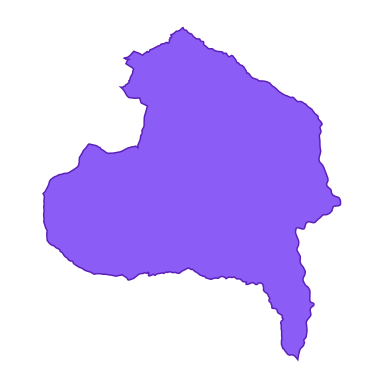 the district of Arboleda, Nariño, Colombia, rotated 272°
{"feature_id": "7082276B56257511215317", "entity_name": "Arboleda", "entity_type": "district", "adm_level": 2, "iso_a3": "COL", "parent_name": "Colombia", "parent_adm1": "Nariño", "projection": "mercator", "projection_center": [-77.132, 1.483], "detail": "fine", "context": "isolated", "style": "filled", "palette": "violet", "viewbox_px": 384, "rotation_deg": 272, "n_neighbors": 0, "source": "geoboundaries", "source_scale": "gbopen_adm2", "svg_char_len": 6030}
<svg xmlns="http://www.w3.org/2000/svg" viewBox="0 0 384 384"><g transform="rotate(272 192 192)"><path d="M355.9,177.4L355.7,176.6L353.1,174.2L352.2,172.0L352.2,170.8L350.1,168.6L349.0,167.1L348.5,165.5L347.7,165.5L347.2,166.0L346.4,166.2L345.7,165.8L345.6,165.0L345.3,164.7L344.0,164.6L343.2,164.0L342.6,164.4L340.0,163.5L339.9,162.6L340.5,161.9L340.6,161.1L339.4,159.3L338.7,156.0L337.0,154.5L336.8,153.1L333.4,147.3L332.8,145.3L330.2,143.9L330.1,143.2L330.8,142.6L330.7,142.0L329.3,140.6L328.7,139.4L327.0,137.9L328.8,134.2L330.6,128.9L326.9,125.9L325.0,123.9L324.2,122.4L323.7,119.9L323.4,119.5L322.5,121.3L322.3,124.1L321.8,123.2L320.9,122.7L317.9,121.5L314.2,127.8L312.9,129.4L310.8,128.6L308.4,128.5L304.4,126.4L302.0,126.0L301.0,125.0L300.1,125.5L299.7,125.4L297.7,123.5L296.6,121.9L295.3,121.4L295.2,120.2L294.2,118.9L294.3,117.1L292.5,119.2L291.1,120.4L285.8,123.7L284.2,125.7L283.7,131.1L284.1,136.4L279.6,137.9L279.1,138.4L276.4,144.5L265.5,141.8L263.8,141.7L256.0,141.8L251.3,139.7L250.1,140.1L248.9,140.2L246.7,138.8L242.7,138.5L236.8,136.2L234.5,136.4L235.1,135.8L235.7,134.4L235.8,133.7L235.3,132.6L235.2,130.9L233.6,126.2L232.1,123.3L231.0,121.8L229.6,118.7L228.1,111.8L227.8,107.4L228.0,105.9L228.5,104.8L230.7,101.6L231.3,100.0L233.2,98.5L233.6,97.0L234.6,95.7L235.2,93.8L236.4,87.4L235.2,86.2L232.8,84.8L232.0,84.0L229.3,81.8L227.5,81.2L226.5,80.4L224.3,79.5L222.7,78.3L217.5,78.2L214.3,77.5L212.7,76.3L210.3,73.1L206.9,68.0L206.3,66.0L206.1,63.5L205.0,60.7L204.7,58.5L203.5,56.7L202.4,54.2L201.5,52.7L199.2,50.1L197.3,49.1L195.4,48.8L192.9,47.9L188.7,45.9L187.2,45.1L185.2,43.2L183.6,44.2L181.9,44.6L177.7,44.3L174.4,44.7L172.2,44.3L168.4,44.9L164.2,44.5L160.4,45.0L158.1,45.1L157.5,44.8L150.8,47.1L148.5,48.6L144.8,48.3L138.5,49.0L135.8,51.2L134.2,53.4L133.6,54.7L133.7,55.6L131.6,58.0L130.0,61.5L129.5,61.9L128.2,62.3L126.7,64.6L123.8,66.6L122.7,67.8L121.8,69.4L119.5,71.4L118.8,73.0L118.7,74.4L118.2,75.5L116.5,76.0L115.0,78.2L112.9,81.8L112.0,84.6L110.0,87.7L108.9,91.2L108.4,93.6L106.6,96.6L106.5,97.3L107.1,100.3L107.1,103.3L106.7,106.1L106.8,108.8L106.3,111.5L106.1,114.8L105.4,117.4L105.3,119.6L105.9,121.3L106.4,124.1L106.7,124.2L107.1,125.0L106.2,126.0L104.0,129.7L103.4,130.4L102.2,130.8L101.8,132.1L103.6,136.7L108.2,142.1L108.8,144.7L108.9,146.1L109.7,147.7L109.7,148.3L109.1,149.4L109.1,150.0L110.1,150.6L110.2,151.0L110.0,151.4L108.6,151.7L107.2,151.4L106.7,151.8L106.8,153.0L108.3,156.1L108.4,156.6L107.6,157.3L107.5,158.0L109.0,159.9L109.6,163.3L110.0,164.3L110.1,165.0L109.7,166.1L109.7,166.6L111.2,169.1L110.7,170.4L111.6,172.3L110.7,175.8L111.1,178.2L110.4,180.3L110.3,181.6L110.5,182.4L112.6,184.8L114.2,187.9L115.5,189.9L115.9,191.8L114.6,193.5L114.6,195.4L114.3,195.9L112.6,197.7L111.9,199.5L109.2,203.1L109.0,204.2L108.2,205.7L108.2,206.7L107.7,208.0L106.7,208.8L105.5,213.4L105.5,214.6L106.3,216.1L106.8,218.1L106.7,221.3L108.0,222.9L108.6,224.3L108.6,225.7L108.3,226.7L107.6,228.2L106.7,228.8L106.7,229.5L107.6,230.5L108.3,232.1L107.9,234.9L108.6,237.3L107.4,238.8L106.6,240.2L106.9,241.7L106.7,243.0L105.7,244.5L104.4,245.8L104.1,246.5L104.0,249.3L103.6,249.5L102.0,249.2L101.6,249.4L101.5,250.2L101.7,251.1L103.6,255.5L103.3,256.7L101.7,259.1L102.0,260.6L103.1,261.2L103.4,261.8L103.4,264.1L102.6,265.7L101.8,266.1L99.0,266.8L96.3,266.9L95.0,267.8L92.8,271.0L90.3,272.2L88.6,273.4L88.0,273.5L87.3,272.7L86.3,272.7L85.3,273.0L83.9,274.7L82.6,275.0L81.6,275.7L79.4,275.8L78.7,276.1L78.5,276.6L78.6,278.6L77.9,280.5L77.5,280.9L74.9,281.7L74.2,282.2L71.8,286.4L70.4,286.6L69.4,286.4L68.2,287.6L67.6,287.4L66.0,285.7L64.5,285.2L61.3,285.9L58.6,285.9L55.7,286.5L51.1,286.6L49.5,287.0L46.1,286.6L42.9,286.7L38.7,288.3L37.9,289.6L36.3,290.6L32.9,293.6L32.4,295.1L32.8,298.0L32.3,299.4L31.3,300.8L28.1,303.6L32.1,304.0L37.8,305.2L39.2,305.9L42.0,308.5L43.0,309.0L45.6,309.6L47.2,309.0L48.3,309.0L50.2,310.7L51.5,311.2L57.7,311.8L66.0,310.7L68.1,311.7L72.5,314.9L74.0,315.1L77.8,314.2L79.5,314.4L80.7,315.1L82.7,317.5L83.8,317.8L84.9,317.5L86.0,314.6L86.8,313.9L88.1,313.5L95.8,313.4L98.0,313.1L100.8,311.4L103.0,308.4L107.2,306.1L109.4,305.9L113.4,307.7L116.1,308.0L116.9,307.9L120.8,305.8L122.4,304.4L124.6,302.9L126.8,302.4L129.0,302.6L131.6,302.4L137.5,298.9L139.1,298.9L142.8,300.3L145.5,300.5L147.2,300.1L153.6,297.3L155.4,296.8L158.2,297.1L159.4,297.4L159.8,297.9L159.9,298.5L159.9,299.8L158.8,303.6L159.0,305.0L160.0,305.8L164.5,306.9L165.8,308.1L166.4,309.6L166.2,311.2L165.6,313.5L165.6,315.1L166.0,316.1L168.1,317.9L171.7,321.9L173.1,323.0L173.8,323.9L174.0,327.3L175.5,330.3L178.0,332.5L181.4,333.3L182.3,333.9L182.8,334.7L183.3,338.8L184.0,340.2L184.5,340.7L185.2,340.8L187.5,340.8L188.9,340.5L190.9,339.5L191.5,339.0L191.9,338.0L192.7,335.0L194.1,332.6L195.8,331.5L198.1,331.1L199.4,330.6L202.0,327.4L202.9,326.6L204.2,326.3L205.3,326.4L208.0,327.5L210.5,327.3L221.7,322.6L223.6,321.4L226.3,318.7L227.6,318.1L229.1,317.8L230.8,317.8L235.6,319.0L237.4,319.2L242.0,318.3L247.6,318.0L252.3,317.3L253.5,317.4L255.7,318.6L257.2,318.8L261.2,317.5L264.4,319.7L266.3,318.7L269.5,315.6L272.0,315.3L272.5,315.0L274.7,312.0L278.9,308.8L281.6,304.5L283.9,302.5L284.1,301.5L285.5,299.5L286.2,297.8L286.3,296.9L286.0,294.6L287.3,292.8L289.7,290.4L290.2,289.4L290.0,286.8L291.3,283.9L292.0,281.4L293.6,278.4L295.7,275.1L298.1,272.6L299.8,270.4L300.5,268.9L303.6,265.8L304.5,263.6L305.2,261.1L305.4,258.6L305.4,255.3L305.6,254.7L306.8,253.2L307.1,251.7L308.2,248.4L309.4,246.9L311.5,245.5L312.9,243.7L312.7,242.7L314.8,242.0L318.9,239.3L319.4,238.7L319.5,238.3L320.1,237.9L320.8,235.5L322.6,233.9L323.0,232.3L325.2,231.4L329.3,228.1L329.9,226.9L328.5,224.7L328.7,224.0L329.6,222.7L331.8,221.5L331.8,219.7L331.4,218.5L332.6,218.0L333.1,217.3L333.5,212.1L334.2,209.6L335.8,207.5L335.8,203.5L338.0,201.0L339.1,199.2L340.1,198.5L342.3,198.4L342.7,198.0L343.0,196.0L343.5,195.0L344.9,194.6L345.2,194.3L345.2,191.3L345.4,190.7L347.7,187.7L349.6,186.3L350.0,185.7L350.6,183.5L352.0,181.9L353.4,180.9L353.8,178.7L354.5,178.0L355.9,177.4Z" fill="#8b5cf6" stroke="#5b21b6" stroke-width="1.5"/></g></svg>